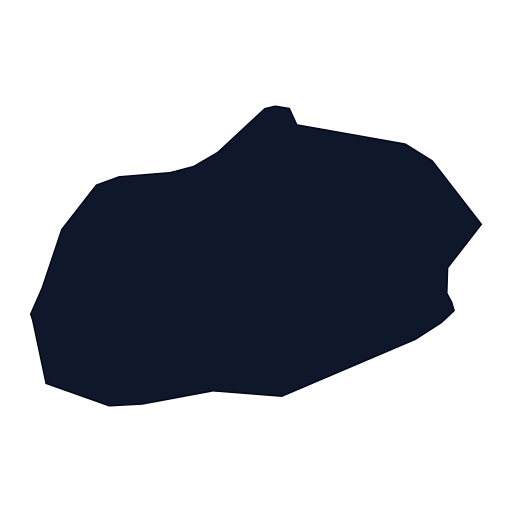 an SVG outline of Solcava
{"feature_id": "SVN-251", "entity_name": "Solcava", "entity_type": "Municipality", "adm_level": 1, "iso_a3": "SVN", "parent_name": "Slovenia", "parent_adm1": "", "projection": "equal_earth", "projection_center": [14.658, 46.411], "detail": "fine", "context": "isolated", "style": "filled", "palette": "ink", "viewbox_px": 512, "rotation_deg": 0, "n_neighbors": 0, "source": "natural_earth", "source_scale": "10m", "svg_char_len": 462}
<svg xmlns="http://www.w3.org/2000/svg" viewBox="0 0 512 512"><path d="M275.4,106.2L289.3,108.5L296.8,124.9L405.3,144.1L432.3,161.0L481.3,224.3L447.6,267.7L446.8,293.3L451.6,302.1L454.1,310.6L441.4,322.5L415.5,339.2L281.8,396.2L212.9,390.8L142.3,404.0L109.3,405.8L46.1,383.4L32.7,320.1L30.7,314.1L42.2,288.0L61.8,229.5L96.4,185.1L119.2,176.8L170.0,172.7L193.7,166.5L217.8,152.4L264.8,108.7L275.4,106.2Z" fill="#0f172a" stroke="#020617" stroke-width="1.5"/></svg>